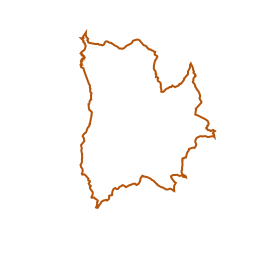 Chiconcuautla, Puebla, Mexico (orthographic projection), rotated 116°
{"feature_id": "50627088B56968228277870", "entity_name": "Chiconcuautla", "entity_type": "district", "adm_level": 2, "iso_a3": "MEX", "parent_name": "Mexico", "parent_adm1": "Puebla", "projection": "orthographic", "projection_center": [-97.965, 20.086], "detail": "fine", "context": "isolated", "style": "outline", "palette": "amber", "viewbox_px": 256, "rotation_deg": 116, "n_neighbors": 0, "source": "geoboundaries", "source_scale": "gbopen_adm2", "svg_char_len": 5707}
<svg xmlns="http://www.w3.org/2000/svg" viewBox="0 0 256 256"><g transform="rotate(116 128 128)"><path d="M213.5,121.9L213.3,120.6L212.9,120.2L209.8,120.0L208.4,119.6L206.8,119.6L205.6,119.3L203.9,118.2L202.5,116.5L202.2,116.0L202.5,115.5L202.3,115.0L200.6,114.2L200.2,114.1L199.0,114.2L197.5,115.3L196.7,114.9L195.8,113.4L195.3,112.9L193.2,113.8L191.5,114.2L189.8,114.3L188.6,114.0L187.5,113.0L187.9,111.9L187.7,111.0L187.2,110.4L186.6,110.1L184.6,109.8L183.2,108.6L181.7,107.8L181.6,105.9L182.1,104.0L181.4,103.4L179.1,101.9L177.5,100.2L176.1,99.2L175.4,97.9L174.9,97.3L175.0,96.6L175.4,96.0L175.5,95.4L175.1,95.0L173.6,94.1L172.3,93.9L170.2,93.9L167.5,94.7L166.4,94.4L165.5,94.4L164.7,94.2L164.9,93.3L164.5,93.1L164.6,92.2L164.3,91.6L163.7,88.6L163.7,86.2L163.6,85.8L164.2,83.6L164.2,82.0L165.6,78.1L165.6,77.4L166.2,76.9L166.6,72.7L166.5,71.5L166.2,70.8L166.5,66.9L166.3,66.4L166.1,65.7L164.3,63.8L163.9,63.2L163.9,62.0L164.4,59.8L164.4,58.8L163.3,59.4L162.8,59.9L159.5,61.2L156.4,60.9L156.1,62.5L155.0,65.0L154.4,65.9L153.5,67.4L152.7,68.1L152.2,68.1L150.6,66.9L148.4,63.1L148.6,61.3L148.5,60.8L146.9,58.7L147.6,57.2L147.5,56.0L146.8,55.2L146.9,54.2L146.3,54.6L145.9,55.5L145.8,55.9L146.2,57.1L145.8,57.6L145.7,58.8L144.8,60.0L143.8,60.8L142.8,61.1L142.1,60.9L139.8,62.1L137.6,62.7L136.2,63.4L135.6,63.9L133.8,64.5L133.8,64.8L133.6,65.0L133.1,65.0L131.8,65.7L130.9,64.7L130.6,64.9L129.7,64.0L129.3,63.1L129.1,63.0L125.0,63.9L123.6,63.9L121.3,63.6L120.2,64.0L118.2,62.1L117.8,61.8L117.0,60.6L116.7,59.4L114.7,59.2L113.2,59.3L110.7,61.6L110.0,61.9L108.0,62.1L106.5,61.8L103.7,59.5L103.3,58.6L103.1,57.6L101.4,55.0L101.2,53.0L101.0,52.1L100.1,50.7L99.6,50.3L98.4,48.4L97.7,47.8L98.3,46.3L96.0,47.9L96.1,48.5L95.7,49.3L93.9,49.4L93.3,48.8L92.7,48.5L92.5,50.3L92.5,50.8L94.5,52.3L94.3,53.0L94.4,54.4L94.8,55.1L94.8,55.4L94.0,56.4L93.9,56.7L94.2,57.3L93.9,57.6L93.4,57.8L91.8,57.2L91.2,57.7L90.2,57.2L89.5,57.4L88.9,57.3L87.2,58.8L86.6,59.9L86.3,61.7L86.2,63.6L86.1,70.7L86.4,73.4L83.6,74.4L81.5,74.8L81.1,75.5L73.1,73.2L72.5,73.3L71.3,74.9L71.0,75.1L70.8,75.8L70.2,76.6L69.8,76.8L68.5,76.8L66.9,77.7L65.4,79.2L65.2,79.7L64.0,80.8L63.5,82.6L62.3,84.0L61.4,85.7L60.4,86.2L58.9,88.2L59.0,88.4L58.4,89.8L58.1,90.0L56.3,90.1L56.1,90.4L54.7,90.9L53.1,90.6L52.1,90.1L51.8,90.5L51.1,90.3L50.7,91.1L50.3,91.2L50.0,92.6L49.8,93.2L49.4,93.5L48.5,93.4L48.2,93.6L47.9,93.9L47.6,94.7L46.4,95.3L44.3,97.3L43.8,98.2L42.5,99.8L44.3,99.9L45.7,99.1L46.9,98.7L50.7,98.9L52.8,97.9L53.7,97.6L54.6,98.2L56.0,98.3L56.7,98.7L58.0,98.8L58.5,99.2L59.3,99.3L59.8,98.8L61.2,98.9L62.0,99.1L63.5,99.3L64.7,99.9L65.4,100.0L65.5,100.6L65.7,101.0L66.7,101.1L67.2,100.9L68.4,101.8L70.6,103.6L70.4,104.2L70.7,105.4L70.4,106.8L72.2,107.1L72.6,107.4L72.7,108.2L73.0,108.6L75.0,109.6L75.6,110.5L76.6,111.0L79.8,111.9L80.9,113.9L80.8,114.1L79.6,114.4L77.9,115.6L77.4,116.2L76.7,116.7L75.8,116.8L75.3,117.3L73.9,117.8L73.0,119.1L72.8,119.7L72.6,121.8L71.3,122.7L70.2,122.6L69.7,122.9L69.5,123.7L69.6,124.6L70.0,125.2L67.3,126.1L67.3,126.8L67.0,127.1L66.1,127.3L65.2,128.0L63.4,130.8L60.7,132.0L59.5,132.4L58.8,132.4L57.5,132.9L56.1,133.0L55.1,133.2L53.9,132.9L51.1,132.8L50.7,133.1L50.5,133.8L50.4,136.1L49.0,136.8L48.3,136.7L47.7,136.9L48.0,137.6L47.6,139.5L47.8,141.2L47.5,142.1L48.0,143.2L48.1,143.9L47.6,144.4L47.5,144.7L47.7,145.3L46.4,147.6L46.5,149.5L46.7,149.8L46.7,150.2L46.4,151.2L45.6,152.5L45.0,154.5L44.1,155.8L44.3,158.3L46.7,161.1L47.6,161.8L49.5,161.8L50.7,162.2L54.7,165.3L58.2,166.7L59.4,167.9L59.3,168.4L60.3,170.4L60.1,171.7L59.6,172.7L59.6,177.1L59.3,177.5L59.1,179.1L59.2,179.6L59.0,179.9L58.9,180.2L59.4,182.0L59.3,184.8L60.0,185.9L61.2,186.3L63.3,186.2L64.2,186.5L64.9,187.2L65.1,188.8L65.8,190.8L65.5,191.7L66.3,193.0L67.0,194.8L68.4,199.9L68.5,201.3L67.4,202.1L67.0,203.1L65.3,202.9L64.4,205.4L62.4,207.0L60.6,207.7L65.5,208.4L66.1,207.7L66.7,207.4L67.9,209.7L68.9,206.5L69.4,206.6L69.6,206.4L69.7,206.0L70.3,205.8L70.5,204.9L70.4,204.5L71.3,203.8L71.4,203.4L72.0,203.1L72.4,202.2L73.6,201.7L76.3,201.4L77.3,201.5L78.8,202.5L80.3,202.9L80.6,203.2L81.0,203.0L81.5,203.2L81.5,202.9L81.9,202.6L81.7,201.9L81.9,201.4L82.6,201.7L82.9,201.4L82.9,200.7L82.5,200.5L82.6,199.3L83.4,198.9L83.3,198.3L83.5,197.8L84.0,197.7L85.0,198.0L84.9,198.7L85.7,199.5L86.1,199.1L85.9,198.8L86.2,198.4L86.5,198.9L87.3,199.1L87.5,199.7L87.9,199.6L88.1,199.0L88.8,199.5L89.6,198.8L89.5,198.6L90.2,198.5L90.3,197.9L91.0,197.7L91.3,197.9L91.5,197.1L92.4,198.0L92.8,197.3L93.7,197.0L93.9,196.6L93.8,194.3L97.0,191.3L105.7,182.2L106.6,180.7L108.5,180.0L109.0,179.4L109.2,178.9L110.3,178.8L111.9,177.8L112.4,177.3L112.6,176.2L113.1,175.8L114.3,175.9L116.6,174.6L117.8,174.3L118.6,173.5L119.8,174.2L120.9,174.2L121.8,173.7L124.4,173.4L124.4,173.6L125.3,173.1L127.1,172.0L128.9,170.4L128.8,169.6L129.4,168.2L129.3,167.9L129.7,167.4L130.0,167.2L132.6,166.5L132.8,166.1L136.1,165.5L136.9,165.1L139.5,164.5L141.2,163.9L141.6,164.3L142.8,163.7L145.9,164.3L150.4,163.8L151.9,164.7L153.9,165.2L155.4,165.1L156.3,163.5L158.9,161.5L163.8,162.7L165.2,161.8L166.5,160.6L168.7,160.1L170.9,158.4L171.7,157.6L172.6,157.5L173.4,157.0L174.4,156.2L176.0,155.9L178.2,154.7L180.2,154.3L181.7,154.5L182.3,154.3L183.9,152.7L184.4,151.4L184.9,150.9L186.7,149.8L188.7,149.3L189.2,149.5L189.9,148.7L188.8,146.8L189.6,144.2L190.3,143.0L190.7,141.5L192.4,140.8L192.4,139.0L193.1,138.6L194.9,139.1L196.1,137.7L196.2,136.7L196.4,136.0L197.0,136.0L197.8,136.4L198.8,135.7L199.9,134.0L200.9,131.9L201.6,131.3L202.2,131.0L203.8,130.5L205.3,130.6L206.0,130.6L206.4,130.4L206.6,129.9L205.3,128.0L205.9,126.7L206.1,124.4L206.4,123.4L207.5,122.9L208.3,123.3L208.6,123.2L210.1,122.1L210.7,122.3L212.0,121.7L213.3,122.1L213.5,121.9Z" fill="none" stroke="#b45309" stroke-width="2"/></g></svg>